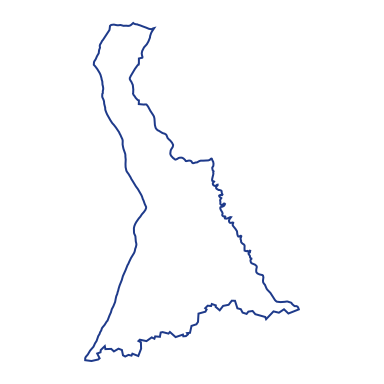 VI-7 Upper Corentyne, East Berbice-Corentyne, Guyana (Albers equal-area conic projection)
{"feature_id": "73187651B49855956252830", "entity_name": "VI-7 Upper Corentyne", "entity_type": "district", "adm_level": 2, "iso_a3": "GUY", "parent_name": "Guyana", "parent_adm1": "East Berbice-Corentyne", "projection": "albers", "projection_center": [-57.779, 3.06], "detail": "fine", "context": "isolated", "style": "outline", "palette": "blue", "viewbox_px": 384, "rotation_deg": 0, "n_neighbors": 0, "source": "geoboundaries", "source_scale": "gbopen_adm2", "svg_char_len": 6003}
<svg xmlns="http://www.w3.org/2000/svg" viewBox="0 0 384 384"><path d="M93.8,64.8L95.2,66.3L97.3,69.1L99.6,72.9L100.5,74.8L101.5,78.3L101.6,79.2L102.3,81.5L102.5,84.8L102.8,85.7L103.2,88.0L103.2,89.2L102.8,91.1L102.8,93.2L102.3,93.9L102.2,96.3L102.4,97.4L103.4,99.5L104.0,101.3L104.2,103.8L105.2,107.8L105.2,109.0L105.4,110.1L106.2,112.3L107.1,114.4L110.3,120.1L111.9,122.6L112.4,123.3L113.8,124.8L115.9,127.5L119.2,132.4L119.5,133.3L120.6,135.3L121.0,136.3L122.4,139.3L122.7,140.7L122.6,144.4L123.0,146.7L123.5,148.9L125.2,153.8L125.4,155.2L125.4,156.7L125.7,159.5L125.5,164.0L125.6,167.2L126.4,170.8L127.4,172.5L128.3,173.6L130.6,177.4L131.5,179.3L132.2,180.3L135.9,186.4L137.9,189.1L141.2,194.8L142.0,196.5L142.9,199.3L143.5,200.4L144.7,203.9L146.1,206.9L146.1,208.0L145.4,209.9L143.9,212.0L141.8,214.4L140.3,216.7L138.8,218.4L136.3,222.0L135.2,224.0L134.4,226.0L133.9,228.1L134.0,232.5L134.2,233.6L135.1,235.5L135.4,236.3L135.8,241.4L136.3,243.5L136.4,244.8L136.1,246.1L135.8,247.4L135.3,248.5L134.9,250.5L134.6,251.7L134.0,253.1L131.0,258.0L129.1,262.0L128.3,263.9L127.5,265.2L125.5,270.3L122.9,276.1L121.8,280.0L119.6,285.5L118.7,288.4L118.1,290.9L117.7,291.9L117.2,294.1L116.3,296.1L115.8,298.3L115.1,302.0L113.3,306.4L111.8,309.2L110.9,312.4L109.5,315.5L107.5,320.7L106.7,321.5L104.6,324.9L102.5,327.4L101.9,328.3L101.2,330.5L100.1,332.3L99.5,334.1L98.3,336.0L96.6,340.9L95.0,343.4L93.5,346.7L90.1,350.6L88.0,354.2L87.4,355.0L86.0,356.6L85.5,357.4L85.2,358.3L85.2,360.2L91.5,361.0L98.2,359.5L99.6,358.3L97.2,353.5L100.5,352.3L100.8,350.0L104.8,346.1L105.4,349.1L111.2,348.9L113.9,351.4L118.5,348.7L121.9,350.0L123.0,355.3L125.2,356.5L128.5,354.9L131.5,355.6L132.4,353.7L138.3,356.0L141.1,348.7L140.9,342.3L138.5,341.0L139.8,339.7L146.5,341.1L151.7,337.4L154.4,338.7L155.2,336.4L159.9,336.8L160.7,332.5L162.6,332.1L168.5,333.6L169.9,332.0L175.6,337.1L182.9,334.6L183.3,336.3L185.9,336.1L187.9,334.4L187.1,333.1L190.0,332.8L191.5,325.9L196.4,324.3L198.0,321.9L198.5,313.6L205.4,311.7L206.6,309.5L205.2,308.2L207.7,305.7L211.1,306.0L211.8,304.0L215.8,305.4L215.6,306.8L219.7,310.3L223.1,305.9L228.6,304.8L231.8,300.7L235.0,300.8L237.4,308.3L240.8,309.2L242.6,312.6L246.6,313.9L248.4,311.6L252.6,311.0L255.3,314.2L265.3,317.0L266.1,319.2L273.5,311.4L278.9,312.7L284.0,309.3L288.4,313.5L298.8,309.4L298.5,308.3L297.6,306.7L296.4,306.1L294.7,306.1L293.9,305.6L292.2,304.1L291.4,302.9L290.9,302.6L288.3,301.8L287.6,301.5L286.7,301.5L284.9,301.8L280.5,302.1L276.9,301.7L276.0,301.1L275.0,300.1L270.4,292.9L267.4,289.8L266.6,288.7L264.9,284.7L263.8,283.5L263.1,282.1L263.0,280.3L263.4,277.4L263.0,275.6L262.5,275.1L259.5,274.4L258.2,273.8L257.4,273.4L256.6,272.5L256.3,272.0L256.2,270.7L256.3,269.2L256.8,267.0L256.6,266.2L256.1,265.6L254.9,264.6L251.9,263.4L251.0,262.6L250.5,260.9L250.5,260.3L250.7,259.6L251.4,259.0L251.4,258.5L250.6,258.1L250.1,257.5L249.9,255.9L248.6,254.0L248.5,253.0L249.9,252.4L250.2,250.8L249.8,250.7L249.4,251.5L249.0,251.5L248.0,251.1L247.3,250.9L246.8,251.2L245.6,251.0L244.6,250.6L244.5,248.0L244.6,246.2L244.5,245.3L243.6,244.2L242.7,243.8L241.5,242.6L241.1,241.9L241.0,240.2L240.6,239.4L240.5,238.8L241.3,236.2L240.9,235.8L240.6,235.8L239.9,236.1L239.3,236.6L238.3,236.5L237.8,235.8L237.3,234.1L237.0,231.3L235.4,228.8L233.2,226.1L232.7,225.2L232.7,224.3L233.1,223.4L233.2,222.7L232.5,222.5L231.3,222.8L230.2,222.9L229.6,222.5L229.1,221.7L229.0,220.4L229.8,218.8L231.0,217.2L230.3,217.1L228.2,218.1L226.6,218.6L226.0,218.6L224.9,218.4L224.7,217.5L225.3,216.8L225.0,216.4L223.3,216.3L222.6,215.8L222.2,215.0L222.6,213.4L222.2,212.2L220.8,209.9L220.3,208.6L220.3,207.6L220.4,207.3L221.1,206.9L222.6,206.6L224.1,205.7L224.5,205.1L225.0,204.0L224.6,203.6L224.0,203.5L222.4,204.8L221.8,205.0L221.0,204.8L220.4,204.1L220.3,203.5L220.4,202.0L220.1,200.2L220.5,199.2L221.3,198.1L219.7,196.9L219.1,195.9L219.4,195.4L220.3,195.0L222.1,195.1L222.5,194.5L221.8,193.2L221.6,191.1L221.2,190.6L219.6,190.0L218.6,190.0L216.5,188.7L216.1,188.0L216.1,187.2L216.5,186.4L217.6,185.3L217.6,184.7L217.0,184.8L215.9,185.7L215.2,186.0L214.2,185.7L213.0,184.7L212.8,183.5L212.9,183.0L214.1,181.6L213.7,181.3L213.0,181.2L212.2,180.7L212.1,179.4L212.4,177.9L213.2,174.7L213.4,173.5L213.2,172.4L213.6,171.4L213.5,171.1L212.8,170.6L212.3,168.6L212.3,167.5L213.2,166.2L213.4,165.2L213.5,163.6L213.1,161.5L212.4,160.5L211.9,158.9L211.6,158.6L210.8,158.8L209.8,159.9L208.3,160.4L202.4,160.7L200.6,160.7L199.3,161.1L197.0,162.4L195.6,162.5L193.7,163.1L192.8,163.1L192.2,162.7L191.4,161.3L190.6,160.8L189.7,160.6L188.8,160.6L186.4,161.1L185.7,161.0L185.1,160.0L183.4,158.4L181.9,157.7L179.8,157.7L178.6,158.0L177.3,158.9L175.6,159.6L175.1,159.5L174.2,158.9L173.7,158.3L173.2,158.1L171.2,155.9L170.5,154.6L170.3,153.4L170.7,150.4L171.4,149.0L172.6,147.2L173.0,145.9L173.1,144.9L172.0,142.7L170.1,140.4L169.0,139.5L167.6,138.0L166.6,135.4L166.1,134.6L164.7,133.7L162.9,133.2L162.4,132.9L162.2,132.9L158.9,130.8L158.1,130.5L156.9,129.6L155.8,128.2L155.4,127.0L154.9,125.0L154.5,119.4L154.4,118.3L153.9,116.4L153.1,115.0L150.4,110.9L148.2,106.8L147.3,105.5L146.4,104.5L144.9,104.4L144.1,104.6L138.8,104.1L138.9,100.4L138.2,100.2L137.5,99.8L135.7,97.9L134.7,96.3L133.5,94.8L133.0,93.5L133.2,92.8L133.2,91.8L133.3,89.6L132.8,85.0L131.3,81.7L130.4,80.4L129.8,79.1L129.8,78.0L130.8,75.9L135.0,68.8L137.7,65.1L138.7,64.6L138.7,63.4L138.9,63.3L138.9,58.5L142.3,57.7L142.5,57.0L142.1,55.7L141.7,53.4L142.2,51.0L144.0,47.4L146.8,44.3L148.4,41.5L150.0,37.5L150.1,36.1L151.1,33.1L152.0,31.4L154.2,28.1L153.1,28.4L152.2,28.9L151.2,29.2L148.9,28.8L146.3,27.7L142.2,26.2L140.2,25.4L138.2,24.8L137.1,24.3L136.1,24.3L134.9,24.0L133.9,23.6L133.2,23.0L131.3,24.7L130.5,25.3L129.5,25.7L128.3,25.9L126.1,25.7L123.5,25.8L120.5,25.0L118.0,25.3L116.9,25.2L113.9,24.6L112.0,24.8L111.1,25.0L110.0,25.9L109.6,29.2L109.4,30.1L102.9,40.0L102.1,40.9L101.0,43.1L100.2,44.3L99.8,45.4L99.8,46.4L100.0,47.7L99.1,50.1L98.7,53.3L97.6,55.1L96.9,56.4L95.7,59.2L94.4,61.2L94.0,62.1L93.8,64.8Z" fill="none" stroke="#1e3a8a" stroke-width="2"/></svg>